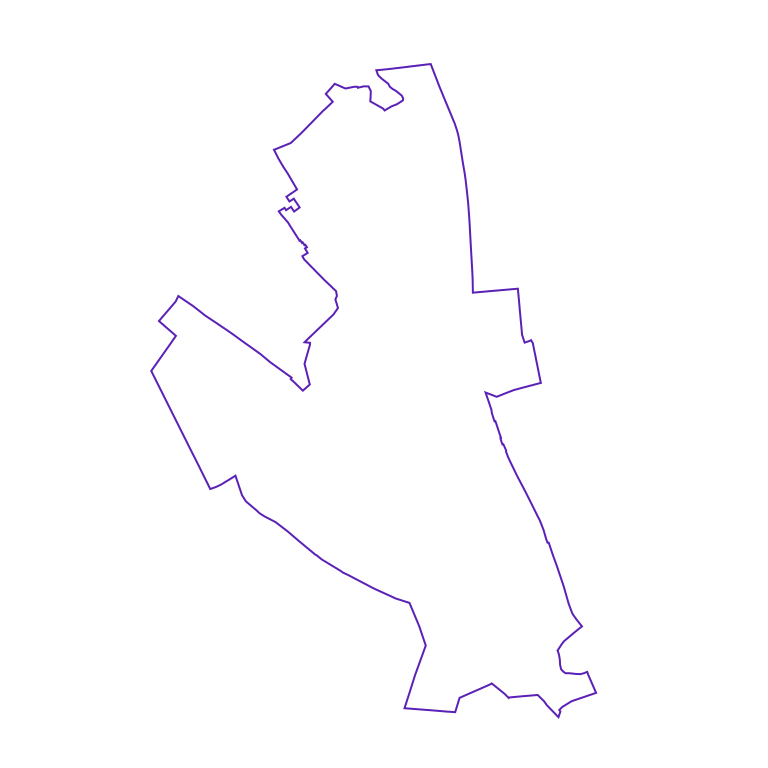 Dobele, Dobele, Latvia, rotated 184°
{"feature_id": "27541924B14429265035734", "entity_name": "Dobele", "entity_type": "district", "adm_level": 2, "iso_a3": "LVA", "parent_name": "Latvia", "parent_adm1": "Dobele", "projection": "albers", "projection_center": [23.281, 56.623], "detail": "fine", "context": "isolated", "style": "outline", "palette": "violet", "viewbox_px": 768, "rotation_deg": 184, "n_neighbors": 0, "source": "geoboundaries", "source_scale": "gbopen_adm2", "svg_char_len": 4316}
<svg xmlns="http://www.w3.org/2000/svg" viewBox="0 0 768 768"><g transform="rotate(184 384 384)"><path d="M597.6,451.7L612.9,431.1L594.9,417.5L597.3,413.6L598.5,411.5L606.9,397.6L617.1,380.8L582.8,322.7L571.8,304.1L562.5,288.5L560.2,284.5L551.8,270.2L551.6,269.8L550.0,267.1L545.0,269.3L543.2,270.2L539.7,272.2L528.3,280.3L525.8,282.2L517.9,263.2L513.6,257.3L505.6,251.4L502.0,248.8L499.3,246.5L494.0,243.6L485.2,239.8L483.8,239.2L483.4,239.1L483.1,238.9L482.5,238.6L470.1,230.4L457.6,221.2L440.5,208.9L439.4,208.5L433.6,204.5L422.7,198.9L413.8,194.3L412.4,193.4L411.8,193.0L407.9,191.5L405.6,190.6L398.9,187.6L385.8,181.9L380.1,179.4L372.4,176.5L357.2,170.8L343.3,167.4L332.0,144.9L324.1,126.0L332.7,95.8L336.4,80.3L340.9,62.0L314.1,61.8L297.5,61.6L290.1,61.6L286.7,76.2L256.1,92.3L255.7,92.8L243.3,84.2L242.3,83.5L237.7,79.5L237.4,80.0L224.6,82.1L209.0,84.5L202.1,78.6L199.1,74.9L186.7,63.8L185.2,69.6L186.4,71.0L183.6,74.3L181.3,75.9L178.0,78.3L174.6,80.7L154.6,89.1L150.9,90.7L160.0,108.2L160.7,109.8L160.8,110.1L161.2,111.0L164.5,109.4L167.7,108.3L172.0,108.1L175.5,108.3L179.7,108.4L182.6,108.1L185.0,109.5L187.4,111.8L188.7,116.0L189.4,121.4L190.6,126.3L192.0,129.8L192.3,130.2L191.4,131.7L188.6,136.8L186.3,140.2L177.3,148.9L172.2,153.7L169.6,156.0L175.7,162.7L178.9,166.6L180.2,168.4L182.1,172.5L183.8,176.3L184.4,177.5L190.5,194.4L199.2,215.3L203.4,224.7L208.6,237.2L209.8,237.1L211.4,240.6L214.5,249.2L217.4,255.4L219.1,258.9L221.2,262.3L226.5,271.4L235.1,285.9L245.2,302.3L252.6,315.2L255.1,319.7L257.6,325.1L257.5,326.1L257.6,326.3L260.0,330.9L260.8,332.2L261.6,331.9L262.9,334.9L264.1,338.0L263.5,338.3L265.0,341.9L266.8,346.2L266.9,346.6L268.5,350.4L268.8,351.2L270.3,354.7L271.1,354.4L272.4,357.5L274.4,362.6L275.1,366.0L275.8,367.6L278.4,373.9L281.3,380.7L282.1,382.6L270.7,379.1L267.8,380.5L265.3,381.7L262.0,383.3L260.9,383.8L259.7,384.4L257.3,385.5L253.6,387.2L251.7,387.8L246.6,389.6L243.4,390.7L239.2,392.1L237.8,392.6L236.1,393.1L233.1,394.2L230.1,395.2L227.6,396.0L230.0,404.5L230.5,406.4L231.4,409.8L232.7,414.5L233.4,416.9L234.8,422.1L235.4,424.3L236.4,427.8L237.3,431.1L238.4,435.2L240.4,438.0L241.5,437.2L246.6,435.1L248.1,438.8L249.7,442.7L251.0,450.9L253.8,467.9L254.8,474.4L257.1,488.4L284.9,484.0L291.2,483.0L301.7,481.3L302.8,493.9L303.0,495.7L303.7,501.8L303.8,502.6L306.9,526.7L309.5,547.7L310.4,554.7L312.6,569.9L313.4,574.6L314.3,579.6L316.7,592.7L317.3,595.6L318.2,599.7L318.8,602.2L320.7,609.9L325.5,630.9L327.3,637.5L328.8,641.9L331.6,648.7L332.5,650.6L332.8,651.1L349.1,683.8L359.7,706.4L363.2,705.8L400.7,698.6L411.9,696.7L412.7,696.6L413.5,696.5L412.0,692.8L411.6,692.1L411.2,691.4L407.3,688.2L400.8,683.9L398.9,680.9L396.0,678.9L392.8,677.4L389.3,675.0L386.4,672.9L384.8,670.2L384.9,668.3L387.6,666.2L390.6,664.0L396.0,661.4L402.5,656.9L404.1,658.7L417.4,665.0L417.4,670.0L417.6,675.3L420.2,679.8L425.0,679.5L430.7,677.7L431.0,678.6L434.1,678.5L443.0,676.1L443.4,676.2L446.8,677.4L450.6,678.8L454.1,680.0L457.4,675.6L458.4,674.3L461.8,670.0L462.3,669.3L459.6,666.7L454.8,662.0L458.0,658.4L462.0,654.1L462.4,653.6L463.4,652.8L472.2,642.4L477.7,635.9L484.3,628.2L492.8,619.0L493.8,617.9L497.3,616.2L498.3,615.7L502.6,613.6L507.9,611.0L510.1,610.0L505.5,602.4L505.1,601.6L499.5,593.5L496.6,589.7L494.9,587.5L484.3,572.0L494.4,564.0L493.8,563.1L491.0,559.5L486.9,562.6L485.6,560.8L481.3,555.3L480.5,554.2L484.6,550.7L485.7,549.8L489.1,554.2L493.8,550.6L495.5,552.8L501.0,548.9L498.4,545.8L491.0,538.4L488.3,534.6L478.2,521.0L477.5,521.5L477.0,520.9L476.6,520.3L476.1,519.6L475.7,519.0L475.4,519.2L475.0,519.6L474.5,518.9L474.0,518.3L473.5,517.6L473.1,517.0L472.8,517.3L472.5,517.5L471.9,517.0L470.9,515.7L470.4,515.1L470.9,514.7L471.3,514.4L471.8,514.1L472.3,513.7L471.6,512.7L470.8,511.6L470.3,510.9L469.8,510.2L469.3,509.4L472.8,506.9L473.3,506.6L473.7,506.2L474.3,505.9L473.9,505.0L473.4,504.3L472.9,503.6L472.0,502.4L451.1,483.9L438.3,473.3L437.1,468.5L438.4,465.1L437.7,463.2L435.8,458.1L435.2,456.6L439.3,449.8L463.1,423.6L466.1,420.1L460.6,419.9L460.6,418.2L461.0,416.0L462.9,407.2L464.7,398.6L458.8,380.7L458.0,378.3L464.5,371.7L468.6,375.2L473.6,379.4L477.4,382.4L476.6,383.9L499.2,397.9L509.3,405.2L530.0,417.9L537.1,422.4L547.6,428.6L560.3,435.9L566.7,439.5L572.0,443.1L579.5,448.2L595.3,457.4L597.6,451.7Z" fill="none" stroke="#5b21b6" stroke-width="2"/></g></svg>